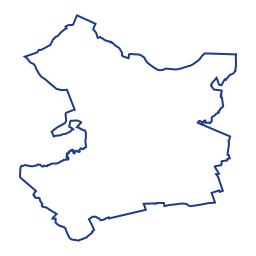 Saniob, Bihor, Romania (Albers equal-area conic projection)
{"feature_id": "2599482B80323305476993", "entity_name": "Saniob", "entity_type": "district", "adm_level": 2, "iso_a3": "ROU", "parent_name": "Romania", "parent_adm1": "Bihor", "projection": "albers", "projection_center": [22.111, 47.257], "detail": "fine", "context": "isolated", "style": "outline", "palette": "blue", "viewbox_px": 256, "rotation_deg": 0, "n_neighbors": 0, "source": "geoboundaries", "source_scale": "gbopen_adm2", "svg_char_len": 5640}
<svg xmlns="http://www.w3.org/2000/svg" viewBox="0 0 256 256"><path d="M182.3,203.5L186.3,203.9L186.6,204.1L187.7,205.0L188.7,205.6L189.9,206.0L191.3,206.1L201.0,204.6L208.7,203.1L214.5,202.7L215.0,202.5L211.6,192.9L219.2,190.4L219.7,191.9L222.8,190.8L218.0,176.6L216.1,174.2L219.0,173.7L214.8,166.9L215.3,166.1L221.2,165.2L221.7,162.7L221.6,162.2L221.8,161.2L227.2,160.4L227.0,159.5L227.5,158.9L228.7,158.7L229.8,158.3L228.9,156.5L228.9,155.2L227.6,154.8L227.6,153.3L228.7,146.3L229.0,144.4L228.6,140.6L229.1,140.4L230.1,136.6L229.7,136.2L226.6,135.0L205.6,126.1L203.9,125.1L202.3,124.9L200.9,124.1L200.0,123.8L198.5,123.0L197.8,122.9L197.7,122.8L197.7,122.6L198.5,121.5L199.0,121.1L199.5,120.9L201.3,121.6L201.5,121.8L201.9,122.5L202.7,122.8L203.2,122.5L204.0,120.8L205.0,120.5L205.3,120.8L204.8,122.2L205.4,122.8L208.9,122.6L209.7,123.3L210.0,123.2L211.6,121.4L211.8,120.4L211.5,118.8L211.6,118.4L212.2,116.8L213.8,116.1L215.8,114.3L216.4,113.5L217.5,113.3L218.0,112.9L218.8,112.6L218.4,111.3L219.6,110.6L220.4,109.3L220.6,108.4L222.6,107.1L223.2,106.1L221.9,97.5L221.5,97.1L221.0,97.3L220.8,97.0L220.8,96.6L221.1,96.6L221.0,96.3L221.3,96.1L221.3,95.7L220.7,94.9L221.1,94.3L220.9,94.1L221.4,93.0L221.7,90.6L218.1,90.0L214.0,89.6L211.0,85.7L211.3,84.7L211.6,84.5L211.6,84.0L212.1,83.6L212.1,82.9L215.3,79.4L216.5,77.9L217.6,80.2L218.0,81.9L218.4,82.8L219.1,84.7L219.7,85.0L220.4,85.1L221.1,85.0L221.3,85.1L221.6,85.2L221.8,84.9L223.0,82.3L224.8,79.3L226.0,79.8L226.1,79.3L226.2,79.0L227.3,78.2L228.2,76.7L229.3,75.7L230.2,74.6L231.6,74.3L232.7,73.8L233.7,73.1L234.6,71.7L235.4,71.0L235.6,70.7L235.4,70.5L235.4,68.8L235.9,66.7L236.0,62.7L235.8,58.8L236.0,54.3L235.3,54.4L209.1,53.5L204.4,53.5L203.3,54.8L202.0,55.9L199.8,59.0L197.1,61.4L195.0,62.8L193.3,64.1L190.0,65.8L187.1,66.5L181.1,68.5L176.5,69.4L174.1,69.4L166.2,68.6L165.7,68.7L162.9,69.9L160.2,70.2L158.9,70.1L156.7,69.3L152.0,66.2L149.0,64.0L147.2,62.3L145.3,59.8L144.7,58.4L144.3,57.6L143.5,57.0L141.5,55.6L140.1,54.9L138.5,54.5L132.7,54.2L131.7,54.0L130.0,54.1L129.7,54.3L129.1,54.3L128.5,58.2L125.6,57.3L125.2,57.0L123.7,56.6L122.3,55.9L122.0,55.4L122.0,54.8L122.2,52.9L120.5,50.3L120.0,49.1L119.2,48.1L115.5,45.6L111.3,41.9L110.6,41.7L110.3,42.3L109.4,41.7L108.4,41.2L105.9,40.6L104.4,39.9L102.4,38.4L100.0,37.0L97.9,38.0L97.2,36.5L96.4,33.5L96.0,32.7L94.8,31.1L93.2,29.4L93.5,28.3L95.5,23.8L77.1,15.4L75.9,17.9L73.8,23.1L73.1,24.5L72.1,25.0L69.1,25.1L67.9,25.3L65.5,26.7L66.6,28.4L64.8,29.2L60.6,32.6L59.0,34.7L57.1,36.4L55.8,36.9L54.7,37.5L54.4,38.3L53.1,39.4L50.7,44.2L50.4,45.1L48.4,45.9L46.4,47.2L41.0,49.9L40.2,50.0L38.9,49.9L38.2,50.9L37.5,52.2L35.0,53.2L24.8,56.7L26.4,57.8L27.8,59.2L30.5,62.6L31.0,62.7L32.2,63.4L33.6,64.0L34.7,65.4L35.4,66.7L35.9,67.9L36.4,69.4L37.2,70.5L37.6,71.5L38.1,71.9L38.2,72.5L38.9,73.6L41.4,76.8L45.5,79.6L47.6,81.3L48.3,82.1L55.0,87.6L56.5,89.0L58.1,89.2L59.4,89.7L61.3,90.1L66.8,89.8L67.0,90.1L68.4,93.3L69.7,96.9L74.7,109.7L71.7,110.6L66.0,112.9L65.7,113.7L65.5,115.0L65.8,116.3L66.2,120.3L66.0,121.2L65.4,122.5L65.1,123.0L58.3,126.8L56.4,128.0L55.6,128.7L54.8,129.1L51.7,131.8L53.8,136.5L54.7,136.1L56.0,135.7L58.1,135.5L59.2,135.5L60.7,135.1L62.3,134.4L65.2,133.9L66.1,133.6L70.7,131.3L71.3,130.3L71.8,129.9L73.3,129.4L73.2,129.2L71.6,128.0L70.5,127.3L69.3,126.7L69.2,126.5L69.5,124.8L70.1,122.6L70.1,121.8L70.7,120.8L77.3,120.5L80.2,121.6L81.1,122.5L77.0,127.2L79.6,128.0L79.9,128.2L80.1,128.6L80.4,128.9L81.3,129.2L82.0,129.3L83.3,130.2L85.0,130.5L86.0,133.1L85.9,137.6L85.3,141.0L86.1,146.8L85.8,146.8L84.6,148.2L83.8,148.1L83.4,149.0L82.4,149.2L81.8,149.1L81.1,148.4L80.8,148.3L79.7,149.5L79.3,150.3L79.8,151.3L79.4,151.9L78.7,151.6L78.0,151.8L76.8,151.3L76.9,150.8L76.8,150.7L76.6,150.6L76.1,150.9L75.6,150.9L74.8,152.0L74.7,153.1L74.3,153.3L73.7,153.3L73.2,151.9L73.3,150.4L73.0,149.8L72.1,150.1L71.3,149.9L71.1,150.3L71.2,150.8L70.2,150.9L69.2,151.3L68.9,151.7L69.2,152.8L68.6,153.2L67.1,153.3L66.9,153.4L66.9,153.6L67.4,154.3L66.7,155.0L66.7,155.3L67.3,156.2L67.3,156.4L66.7,157.0L67.4,157.5L68.3,157.5L68.5,158.2L68.4,158.6L68.4,159.3L67.4,159.7L67.0,159.4L66.9,159.1L66.5,159.0L66.1,159.3L65.4,159.9L63.9,159.7L63.7,159.8L63.6,160.4L61.0,161.2L60.2,162.0L59.3,162.5L58.1,162.9L56.6,163.5L54.4,163.5L51.0,163.8L50.5,164.1L49.7,164.9L49.3,165.1L49.1,165.1L48.5,164.8L48.0,164.9L47.7,165.2L47.2,166.1L46.9,166.2L45.3,166.0L44.0,165.6L43.7,166.3L42.5,166.5L42.1,166.5L41.4,165.9L40.5,165.0L39.7,164.9L38.2,164.4L37.9,164.4L36.8,165.5L35.6,165.6L32.3,166.4L28.3,165.8L25.2,165.0L22.0,166.2L21.4,165.9L20.7,166.9L20.4,168.1L20.3,170.6L20.0,176.5L20.5,177.7L36.1,191.1L35.8,191.5L34.9,192.0L34.6,192.6L33.4,194.8L33.5,195.2L33.6,195.4L33.9,195.3L34.6,195.8L34.8,196.3L34.7,196.8L34.8,197.1L35.0,197.5L35.6,197.8L36.7,198.0L37.5,197.9L37.8,197.7L38.5,197.8L39.4,198.2L39.7,198.6L39.8,199.9L40.7,201.8L42.3,204.0L42.3,204.4L41.8,205.6L41.9,206.1L42.3,206.6L46.6,207.6L47.8,208.4L49.6,209.7L53.6,212.2L54.8,212.7L55.7,213.4L56.0,213.9L56.5,214.0L52.8,218.0L52.5,218.6L55.6,218.7L55.6,222.6L56.6,223.7L60.2,226.1L61.6,226.2L62.0,226.6L62.9,226.7L63.4,227.1L64.1,227.2L65.5,228.4L65.7,229.5L67.8,234.5L69.3,237.6L69.9,238.4L71.5,239.3L72.1,239.6L76.7,240.2L78.5,240.6L80.0,239.8L82.3,239.2L84.6,238.1L86.4,237.6L87.5,236.4L92.3,232.6L92.0,232.0L92.1,231.7L93.4,230.5L94.0,230.1L94.0,229.8L92.3,225.8L89.3,219.9L88.9,219.2L92.7,216.7L96.2,216.8L96.7,217.4L97.6,218.0L99.4,218.7L100.7,219.9L100.7,220.2L101.2,220.1L103.8,219.7L105.9,218.4L108.8,217.3L109.1,218.4L145.8,209.8L143.7,203.8L154.4,203.4L154.4,203.7L157.3,203.3L157.3,202.9L163.9,203.0L164.4,206.1L168.8,205.1L182.3,203.5Z" fill="none" stroke="#1e3a8a" stroke-width="2"/></svg>